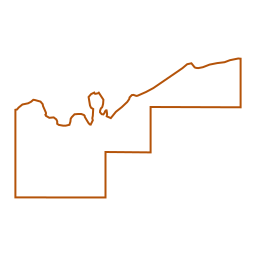 outline of Alger, Michigan, United States of America
{"feature_id": "52423323B20180177095300", "entity_name": "Alger", "entity_type": "district", "adm_level": 2, "iso_a3": "USA", "parent_name": "United States of America", "parent_adm1": "Michigan", "projection": "mercator", "projection_center": [-86.632, 46.425], "detail": "fine", "context": "isolated", "style": "outline", "palette": "amber", "viewbox_px": 256, "rotation_deg": 0, "n_neighbors": 0, "source": "geoboundaries", "source_scale": "gbopen_adm2", "svg_char_len": 1198}
<svg xmlns="http://www.w3.org/2000/svg" viewBox="0 0 256 256"><path d="M15.4,109.8L15.4,197.4L105.5,197.5L105.5,152.0L150.6,152.4L150.6,107.0L240.6,107.3L240.6,58.7L238.2,58.5L229.9,60.2L224.6,62.2L217.2,63.1L209.6,64.6L202.9,67.2L198.3,68.1L196.1,67.9L194.7,67.4L191.4,63.3L187.2,64.2L182.4,68.2L153.3,88.1L146.0,92.0L137.6,95.7L136.3,95.9L133.5,94.9L131.8,95.1L129.6,97.4L129.2,99.1L127.2,102.0L121.8,107.1L115.9,111.8L110.8,118.1L106.7,116.3L107.1,114.1L106.6,110.4L106.1,110.3L105.1,111.3L104.6,112.7L103.4,114.4L101.7,114.2L100.0,112.2L100.1,110.6L100.9,108.4L102.1,107.3L102.5,106.2L103.1,103.8L103.4,99.7L98.8,92.7L98.2,93.2L95.6,93.8L94.7,93.6L94.2,92.6L91.1,94.1L88.6,97.0L90.0,105.5L91.0,107.7L93.2,109.0L92.8,115.9L92.3,118.2L92.8,120.3L90.7,124.6L89.7,124.4L88.4,122.9L84.8,116.9L84.7,115.9L83.9,115.0L81.3,114.0L78.0,114.0L74.5,114.3L71.7,117.2L70.7,118.8L70.4,121.7L69.4,124.8L65.6,125.7L63.3,125.7L58.8,124.9L57.2,123.8L57.2,121.3L56.3,119.4L53.7,117.4L49.3,117.8L45.9,115.8L45.4,114.7L46.0,114.0L45.9,112.6L43.0,106.0L42.7,104.2L40.5,101.6L34.8,100.0L33.3,99.8L31.0,101.8L28.1,103.3L22.4,104.5L18.6,107.6L17.0,109.5L15.4,109.8Z" fill="none" stroke="#b45309" stroke-width="2"/></svg>